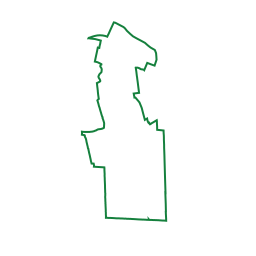 Jegalia, Calarasi, Romania (Robinson projection), rotated 204°
{"feature_id": "2599482B22085974272415", "entity_name": "Jegalia", "entity_type": "district", "adm_level": 2, "iso_a3": "ROU", "parent_name": "Romania", "parent_adm1": "Calarasi", "projection": "robinson", "projection_center": [27.655, 44.292], "detail": "fine", "context": "isolated", "style": "outline", "palette": "green", "viewbox_px": 256, "rotation_deg": 204, "n_neighbors": 0, "source": "geoboundaries", "source_scale": "gbopen_adm2", "svg_char_len": 5155}
<svg xmlns="http://www.w3.org/2000/svg" viewBox="0 0 256 256"><g transform="rotate(204 128 128)"><path d="M183.9,218.7L184.0,211.1L184.0,209.4L184.0,205.9L184.1,204.3L184.1,203.0L184.3,203.0L186.4,202.8L187.2,202.6L188.9,202.2L190.5,201.6L191.4,201.3L192.5,200.7L193.5,200.2L194.5,199.5L195.2,199.0L196.0,198.4L198.0,196.7L198.9,195.8L199.9,194.9L200.4,194.5L200.4,194.3L200.6,194.1L200.6,193.9L200.2,194.1L198.6,194.5L196.7,195.1L195.1,195.6L194.1,195.9L193.4,196.0L192.3,196.2L191.0,196.4L190.0,196.6L189.1,196.7L188.4,196.8L188.0,194.9L187.7,193.8L187.3,191.4L186.9,189.9L186.8,189.5L188.3,189.2L187.7,186.5L185.8,177.5L185.3,175.2L183.3,175.6L182.2,175.7L181.9,175.7L179.5,175.6L178.3,175.5L178.2,175.3L178.1,175.1L178.4,174.7L178.6,174.1L178.6,173.6L178.3,172.9L177.2,172.2L176.5,171.7L175.9,171.0L175.5,169.9L175.2,169.0L175.0,168.1L175.7,166.3L176.0,165.3L176.0,163.1L175.4,162.2L174.9,161.8L173.5,160.9L172.5,159.8L172.4,159.3L173.4,157.9L174.7,156.4L173.8,154.9L173.0,153.5L172.6,152.8L172.2,152.2L171.1,150.3L170.7,149.7L170.6,149.4L170.2,148.7L169.1,146.8L168.0,145.0L167.6,144.4L167.2,143.7L167.2,143.8L167.0,143.4L166.7,143.0L166.6,142.9L166.5,142.7L167.0,141.6L167.2,141.0L167.2,140.7L166.4,139.9L166.2,139.7L165.9,139.2L165.2,138.5L165.1,138.3L164.9,138.1L163.6,136.4L162.9,135.6L162.5,135.3L161.3,133.8L160.3,132.6L159.7,131.9L158.8,130.9L158.1,130.0L157.4,129.2L156.8,128.5L156.2,127.9L155.9,127.7L155.7,127.6L155.6,127.3L155.4,127.1L155.4,126.8L155.2,126.6L154.0,125.4L152.1,123.2L151.9,122.9L151.7,122.6L151.2,121.4L150.2,118.8L150.1,118.3L150.2,118.1L150.6,117.8L151.0,117.1L151.4,116.9L152.0,116.3L153.3,115.5L154.3,114.9L154.8,114.6L155.3,114.0L155.9,113.3L156.1,112.9L157.3,111.8L157.8,111.2L158.5,110.7L159.1,110.2L160.7,109.3L161.3,108.9L161.5,108.8L163.1,108.1L163.6,107.8L164.4,107.5L165.4,107.0L166.5,106.6L167.5,106.2L168.6,105.9L168.4,105.5L168.0,104.8L167.4,103.1L167.0,103.2L165.1,103.7L164.8,103.8L164.6,103.7L164.4,103.5L164.2,103.2L164.1,102.8L163.9,102.6L163.1,101.9L162.4,101.4L162.2,101.1L161.8,100.7L161.3,100.0L160.8,99.3L160.2,98.4L158.8,96.6L158.3,95.9L157.4,94.8L156.8,93.9L156.4,93.3L156.0,92.9L155.8,92.9L155.0,91.7L154.4,90.9L153.5,89.6L152.7,88.6L151.7,87.3L150.7,85.9L150.1,85.1L149.5,84.3L148.6,83.0L148.0,82.2L147.4,81.5L146.8,80.7L144.9,81.5L144.5,81.0L144.1,80.4L143.9,80.1L143.7,79.7L143.5,79.2L143.4,78.8L141.7,79.4L138.2,80.7L135.8,81.6L134.2,82.2L133.6,82.4L133.4,82.0L133.2,81.7L132.6,80.4L132.1,79.3L131.7,78.6L131.6,78.3L131.5,78.1L131.2,77.6L130.7,76.6L130.3,75.7L129.9,74.7L129.2,73.4L128.8,72.6L128.2,71.3L127.4,69.7L126.6,68.1L126.4,67.7L125.8,66.5L125.2,65.2L124.7,64.1L124.2,63.1L123.6,61.9L123.0,60.6L122.9,60.4L122.6,59.8L122.4,59.4L122.0,58.8L121.8,58.2L121.3,57.1L121.1,56.5L121.0,56.2L120.6,55.3L120.1,54.4L119.6,53.4L119.2,52.5L118.8,51.7L118.1,50.4L117.8,49.6L117.5,49.2L117.2,48.5L116.3,46.7L115.6,45.3L115.3,44.7L114.7,43.5L114.5,42.9L114.0,42.0L113.7,41.5L113.3,40.5L112.8,39.5L112.6,39.1L112.2,38.4L112.0,37.8L111.9,37.8L111.6,37.0L111.0,37.3L109.0,38.0L107.2,38.8L105.4,39.5L104.3,39.9L103.5,40.2L102.6,40.5L101.0,41.1L99.5,41.8L98.1,42.3L96.7,42.9L96.2,43.1L94.8,43.6L94.2,43.8L93.5,44.2L92.8,44.4L92.1,44.6L90.5,45.3L89.6,45.6L88.5,46.1L87.3,46.5L85.0,47.4L82.8,48.2L82.5,48.3L81.7,48.6L80.4,49.1L77.3,50.3L76.6,50.6L74.9,51.3L74.2,51.5L72.4,52.2L71.4,52.6L71.6,52.9L71.4,52.8L71.3,52.7L70.7,52.9L69.3,53.5L67.7,54.1L65.0,55.2L64.6,55.4L63.9,55.6L62.8,56.1L62.4,56.2L61.6,56.5L60.2,57.0L58.6,57.6L56.9,58.3L55.4,58.8L56.4,60.9L58.5,65.0L59.5,67.0L59.4,67.1L61.0,70.5L62.6,73.9L65.1,79.0L67.6,84.1L67.4,84.1L74.6,99.0L81.7,113.8L83.6,117.8L85.5,121.7L86.9,124.5L88.2,127.4L89.3,129.6L90.4,131.8L91.3,133.8L92.2,135.7L93.4,137.9L94.5,140.2L97.6,139.2L100.6,138.2L100.7,138.4L101.0,139.0L101.6,140.3L102.2,141.6L102.8,142.7L103.5,144.1L103.9,144.9L104.4,146.0L104.7,146.5L104.9,146.8L106.1,145.1L107.3,143.4L108.4,141.9L108.8,141.1L109.4,140.3L110.0,140.6L109.9,140.9L110.1,141.0L111.2,141.6L111.5,141.2L112.1,141.6L112.4,141.9L112.7,142.2L112.9,142.4L113.4,143.0L113.9,143.7L114.4,144.4L114.6,144.1L114.8,143.9L114.9,143.7L115.1,143.5L115.4,143.1L115.9,142.3L118.9,146.0L121.8,149.6L122.8,150.9L123.8,152.1L125.9,154.1L128.0,156.1L128.5,156.3L129.6,156.9L131.1,157.6L132.1,158.1L133.6,158.8L134.5,158.4L135.1,159.4L135.5,159.9L136.1,160.7L136.4,161.3L136.8,161.8L134.5,163.2L132.2,164.6L135.1,169.4L138.0,174.2L139.5,176.6L140.2,177.8L141.0,179.0L143.2,182.7L145.5,186.3L145.4,186.4L145.0,186.5L144.3,186.8L143.9,187.0L143.6,187.1L143.4,187.1L143.2,187.1L142.7,187.1L142.4,187.2L142.0,187.2L141.9,187.2L141.7,187.2L141.4,187.2L141.1,187.1L140.9,187.0L140.7,186.9L140.3,187.0L139.9,187.0L139.3,187.2L138.9,187.3L138.7,187.3L138.4,187.5L138.1,187.6L137.9,187.6L137.6,187.6L137.3,187.6L137.2,187.6L136.7,187.4L136.9,195.3L133.0,195.5L129.1,195.8L129.4,198.9L129.7,202.0L131.2,204.9L132.8,207.8L134.3,209.3L135.3,210.2L137.4,210.4L140.2,210.7L143.0,211.4L145.0,212.0L147.1,212.7L151.1,213.0L156.8,213.4L160.8,213.8L162.7,214.4L164.1,214.8L165.5,215.3L168.4,216.3L171.5,217.9L173.2,218.4L174.8,218.5L182.4,219.0L183.9,218.7Z" fill="none" stroke="#15803d" stroke-width="2"/></g></svg>